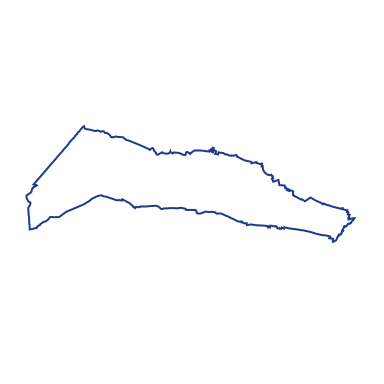 Danesti, Harghita, Romania (Mercator projection), rotated 6°
{"feature_id": "2599482B45137216184819", "entity_name": "Danesti", "entity_type": "district", "adm_level": 2, "iso_a3": "ROU", "parent_name": "Romania", "parent_adm1": "Harghita", "projection": "mercator", "projection_center": [25.693, 46.518], "detail": "fine", "context": "isolated", "style": "outline", "palette": "blue", "viewbox_px": 384, "rotation_deg": 6, "n_neighbors": 0, "source": "geoboundaries", "source_scale": "gbopen_adm2", "svg_char_len": 5998}
<svg xmlns="http://www.w3.org/2000/svg" viewBox="0 0 384 384"><g transform="rotate(6 192 192)"><path d="M337.2,226.6L337.5,226.6L337.7,226.8L338.5,226.1L340.2,225.2L340.8,223.8L341.0,222.6L341.3,222.1L341.4,221.7L341.7,221.4L341.8,221.0L342.0,220.6L342.1,220.2L342.4,220.2L342.5,220.1L342.3,219.8L342.4,219.2L342.5,218.9L342.9,218.8L343.3,219.0L343.5,219.3L343.9,218.9L344.5,218.4L344.4,218.2L344.6,217.9L344.9,217.7L344.8,217.4L345.2,217.1L345.3,216.3L345.8,215.6L345.3,215.5L345.2,215.4L345.3,214.8L345.5,214.4L346.1,214.2L345.7,213.8L345.9,212.9L346.3,212.5L346.7,211.7L347.2,211.4L347.3,211.0L347.2,210.9L346.8,210.9L346.7,210.7L346.8,210.3L347.1,210.0L347.8,209.9L348.9,210.1L350.8,207.1L351.5,207.3L352.0,207.2L352.7,206.7L352.8,206.4L353.1,206.4L353.6,205.1L354.1,204.4L354.6,203.9L355.3,202.6L355.5,202.7L356.2,201.1L354.2,201.4L352.2,202.2L351.9,202.2L351.3,202.8L351.2,202.6L350.4,202.6L350.2,202.3L350.1,201.6L350.5,200.9L350.4,200.6L350.5,200.4L350.9,200.3L350.8,199.7L351.2,198.3L349.2,198.0L349.4,197.1L349.8,196.2L349.6,195.9L349.4,196.2L348.5,195.7L348.2,195.7L348.4,193.9L347.5,193.9L343.4,193.3L343.6,192.4L342.7,192.5L342.5,193.2L332.9,191.8L328.8,190.8L328.0,190.9L327.1,190.8L326.5,190.4L324.4,189.8L324.1,190.4L323.3,190.5L323.0,190.4L322.5,189.7L321.7,189.4L316.1,187.6L310.3,185.1L305.4,189.4L302.0,187.7L301.5,188.2L292.9,184.7L293.1,183.8L292.5,183.1L292.7,181.6L292.6,180.8L291.9,180.5L289.2,179.9L288.8,180.9L286.6,180.3L287.2,179.8L286.0,179.4L286.1,179.1L287.3,179.5L287.5,179.2L284.3,178.2L284.5,177.5L283.9,177.5L283.5,175.9L278.2,176.0L276.7,171.0L273.4,172.5L272.2,173.2L271.7,173.3L271.1,172.1L270.1,170.4L271.3,170.0L270.5,167.8L270.2,168.0L270.0,167.9L269.5,167.4L269.3,166.8L268.9,166.5L268.4,166.9L267.1,167.1L265.3,166.8L263.6,166.0L261.2,163.8L260.3,162.3L259.9,160.6L259.6,158.9L258.6,159.2L258.7,156.4L258.4,156.4L258.4,157.3L253.0,156.4L253.0,155.7L252.4,155.7L248.2,157.2L247.8,155.8L243.2,155.3L242.6,155.4L239.4,154.5L234.2,152.5L233.2,152.3L232.9,151.6L233.0,151.5L232.8,151.2L232.7,151.2L232.4,151.1L231.9,150.5L231.7,150.5L231.2,150.9L230.3,151.3L229.4,151.6L228.7,151.6L228.2,151.5L227.8,151.7L227.5,151.6L227.2,151.9L224.6,151.6L222.6,150.9L220.7,151.0L219.7,150.3L218.6,149.9L216.7,150.0L214.7,150.0L214.2,149.8L214.0,151.8L211.1,151.8L211.6,148.9L209.9,148.0L209.5,147.8L208.7,150.4L207.8,150.2L207.3,149.9L208.4,147.4L208.9,145.9L208.2,145.7L207.4,147.7L206.7,147.3L205.8,149.0L205.0,148.8L204.9,150.0L198.2,149.8L195.4,149.9L190.2,150.4L188.2,152.0L186.1,154.4L185.8,154.1L185.6,153.7L184.4,153.3L183.8,152.9L182.3,152.8L182.0,153.4L181.9,154.6L181.5,156.0L179.4,155.8L178.6,155.9L177.4,155.2L176.5,155.0L175.2,154.5L173.2,154.5L171.3,154.7L171.0,154.5L170.0,154.4L168.9,155.7L168.6,155.7L167.8,155.0L167.1,154.9L166.6,154.6L166.2,153.8L165.9,154.8L165.2,155.9L163.1,156.5L162.0,156.6L158.2,156.2L158.0,155.7L157.2,156.4L153.8,158.6L153.4,158.6L152.4,157.7L152.0,156.7L151.7,156.4L150.6,155.6L149.9,154.7L148.7,152.6L148.3,152.4L147.3,152.8L146.4,153.6L145.6,154.6L144.7,153.8L134.0,150.4L123.5,147.4L121.8,147.2L120.3,146.6L118.3,145.2L117.5,144.8L114.5,144.8L113.7,145.0L110.4,144.8L109.6,145.0L108.2,145.9L107.7,145.7L105.9,145.9L104.5,144.3L104.0,143.7L101.6,142.4L100.9,142.2L99.5,142.4L98.9,142.0L97.8,140.8L97.5,140.8L96.2,140.9L95.6,141.4L95.2,141.7L93.7,141.0L92.2,140.8L91.0,140.8L90.1,141.3L89.0,141.5L85.1,140.8L80.5,140.5L78.7,140.1L77.6,137.8L75.9,139.8L75.7,140.2L74.7,141.4L73.7,143.5L72.6,144.4L71.9,145.3L71.9,146.0L71.7,146.5L70.8,147.2L69.8,148.6L69.2,149.8L68.9,150.7L68.0,151.3L66.3,153.6L65.4,155.1L65.0,155.4L63.6,158.1L59.3,164.1L58.9,165.0L56.8,167.7L56.1,168.9L55.1,170.0L53.5,172.6L33.7,201.0L35.6,201.2L36.9,201.7L35.9,202.6L35.2,203.0L33.9,203.5L33.7,204.3L33.1,204.9L32.6,206.3L32.4,207.3L32.1,209.0L31.4,209.6L30.7,210.4L29.4,211.3L28.1,212.6L27.8,213.1L27.9,214.6L28.8,216.3L29.4,217.1L29.9,218.0L30.9,218.8L32.5,219.6L32.2,222.1L31.8,223.0L30.7,224.8L31.4,227.9L31.4,228.8L31.6,229.6L31.8,231.0L32.7,234.8L32.7,235.8L32.9,236.3L33.0,237.6L33.5,240.4L33.7,240.8L34.0,242.8L34.3,244.1L34.5,246.2L37.8,245.2L40.0,244.2L40.8,244.4L41.7,243.2L41.8,242.8L42.2,242.4L42.4,242.0L42.8,241.5L44.1,241.0L44.4,240.4L44.4,240.0L44.6,239.7L46.0,238.6L46.6,237.9L47.6,237.3L49.3,236.6L51.7,234.6L53.6,231.6L57.1,231.5L62.4,230.9L68.9,224.9L86.4,215.2L87.4,214.2L89.9,212.4L91.8,210.7L93.2,209.2L95.3,208.0L97.0,206.7L99.9,205.4L102.3,204.7L104.3,205.6L106.7,205.6L108.6,205.9L110.6,206.5L114.2,207.1L117.0,208.0L118.8,208.0L120.6,207.6L123.1,207.9L123.4,206.5L129.4,209.0L130.8,209.4L135.4,212.8L135.3,213.0L137.0,214.0L137.5,212.9L141.5,212.6L141.8,212.0L143.1,211.6L143.9,211.8L145.3,211.3L148.1,211.3L149.5,210.8L157.2,209.5L158.4,209.5L160.5,210.2L163.0,212.1L164.2,212.1L165.6,211.3L167.2,211.0L169.9,210.8L170.7,210.5L174.2,210.0L176.3,210.0L177.5,209.8L178.3,209.9L181.9,209.0L183.6,208.9L184.3,209.1L185.6,209.1L186.7,209.4L187.5,209.4L187.8,210.3L190.2,210.3L193.2,209.8L196.5,209.8L196.9,209.5L197.9,209.9L198.5,210.7L198.6,211.0L198.8,212.3L199.7,212.7L200.8,212.8L202.0,212.6L203.6,212.1L205.9,210.9L206.2,210.6L206.6,210.4L207.6,210.1L211.2,210.2L213.6,209.7L215.0,209.6L216.7,209.7L217.2,209.9L217.8,210.4L218.7,210.9L220.9,210.6L223.7,210.4L226.5,211.5L231.0,212.8L233.1,213.7L235.2,214.3L237.5,215.2L241.5,216.6L244.0,216.2L244.1,216.8L245.1,216.6L245.2,217.2L247.6,217.5L247.9,217.8L248.4,217.7L248.6,217.5L249.8,217.4L250.1,219.2L253.5,218.2L257.0,218.2L259.6,218.3L267.6,217.9L271.1,218.1L271.2,219.3L273.2,219.2L273.1,218.3L273.4,218.3L273.3,217.4L275.0,217.2L275.9,217.6L277.7,217.4L277.7,217.6L278.1,217.7L279.3,217.2L280.1,217.9L280.6,219.1L282.7,219.4L282.9,218.7L284.5,219.4L285.1,218.0L287.2,218.8L287.5,217.3L288.0,217.6L293.1,218.1L300.2,218.2L304.9,218.6L305.6,218.4L315.1,219.5L319.0,220.4L326.3,221.3L328.2,221.2L331.7,221.4L334.0,221.8L333.3,223.7L334.5,223.8L334.6,223.4L337.3,223.9L337.3,224.9L337.1,225.4L337.2,225.6L337.2,226.6Z" fill="none" stroke="#1e3a8a" stroke-width="2"/></g></svg>